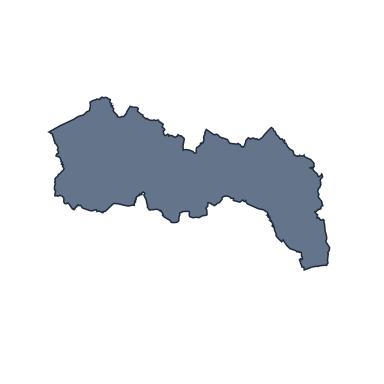 Tha Yang, Phetchaburi, Thailand (Mercator projection), rotated 63°
{"feature_id": "78962969B57494861124372", "entity_name": "Tha Yang", "entity_type": "district", "adm_level": 2, "iso_a3": "THA", "parent_name": "Thailand", "parent_adm1": "Phetchaburi", "projection": "mercator", "projection_center": [99.807, 12.809], "detail": "fine", "context": "isolated", "style": "filled", "palette": "slate", "viewbox_px": 384, "rotation_deg": 63, "n_neighbors": 0, "source": "geoboundaries", "source_scale": "gbopen_adm2", "svg_char_len": 5997}
<svg xmlns="http://www.w3.org/2000/svg" viewBox="0 0 384 384"><g transform="rotate(63 192 192)"><path d="M170.5,92.1L173.2,100.0L175.3,104.6L175.9,108.1L175.6,109.2L174.2,109.9L173.2,112.0L172.2,112.3L171.4,113.7L171.2,116.1L169.3,117.0L169.3,117.5L170.6,120.7L172.2,121.8L175.3,125.2L174.6,126.1L174.8,126.8L174.4,127.0L174.7,127.2L174.0,127.0L173.5,127.5L171.5,127.6L171.1,128.2L169.6,128.9L169.9,130.0L165.8,136.2L163.9,136.6L161.4,136.5L155.7,142.2L152.4,143.2L151.5,144.2L151.4,145.7L150.6,146.6L142.7,150.9L144.9,153.6L146.6,154.3L147.2,155.6L148.6,156.8L151.5,157.9L152.2,159.2L153.1,159.6L153.4,161.1L152.5,161.3L152.5,162.4L153.4,162.7L154.0,163.5L154.0,164.5L154.7,165.9L154.4,167.3L155.5,168.6L158.9,170.4L159.1,170.9L158.5,172.2L156.4,172.7L153.6,175.2L151.1,178.6L150.8,180.8L147.0,179.2L141.3,174.8L140.3,174.8L137.1,176.1L136.2,177.5L134.6,178.4L135.6,180.2L135.5,182.5L132.7,184.1L131.5,186.3L131.7,187.1L130.2,186.7L129.4,187.6L129.6,190.2L129.2,190.8L127.6,190.8L124.6,190.0L124.6,188.8L124.0,187.9L122.2,188.2L121.9,188.7L120.7,189.0L118.5,186.9L117.5,187.7L117.0,187.6L116.3,188.3L115.5,188.3L114.8,189.3L112.5,189.3L111.9,192.0L110.5,193.1L110.4,194.4L108.7,197.2L105.9,198.7L106.1,199.8L102.4,201.4L101.0,200.8L99.5,202.1L95.2,204.0L93.7,202.2L92.5,202.1L91.0,203.4L89.8,205.8L87.6,208.2L91.1,214.0L92.6,215.1L92.5,215.7L93.7,218.0L93.7,219.0L92.9,220.1L92.7,222.6L90.9,224.3L89.9,223.7L84.1,225.5L82.2,224.0L80.4,224.5L79.0,223.5L78.8,225.0L77.3,224.4L76.8,223.5L75.4,224.3L74.2,224.5L73.1,223.0L72.5,222.8L71.0,224.3L69.7,224.6L68.4,226.0L67.9,228.0L66.6,229.2L67.0,230.2L66.7,231.1L67.5,231.6L67.5,232.6L66.0,234.4L66.2,234.8L65.5,239.3L65.7,242.1L69.1,243.4L73.0,246.4L72.7,249.3L74.1,253.4L73.0,259.6L73.6,264.0L73.1,279.0L73.6,292.2L74.6,291.3L75.8,291.2L76.2,290.4L77.2,289.9L78.2,290.6L81.8,290.8L83.5,291.6L84.7,291.2L86.2,292.0L87.9,291.2L91.7,291.1L92.5,291.6L93.0,292.7L95.6,292.8L96.7,293.3L96.9,293.7L96.7,295.1L98.0,296.8L99.7,295.4L100.0,294.7L100.9,294.5L101.4,294.0L104.5,294.3L105.6,295.0L106.5,294.1L107.0,294.1L107.9,295.7L108.7,295.3L108.7,294.7L109.2,294.4L110.4,295.7L113.0,295.3L114.5,297.5L114.6,299.0L115.7,301.1L115.7,303.0L117.2,305.0L117.4,306.7L118.2,308.3L119.7,308.7L120.9,309.9L122.5,309.9L124.5,311.9L127.1,313.3L127.9,313.4L129.0,313.0L132.7,315.8L133.4,315.6L134.2,313.7L134.9,313.3L135.0,311.2L136.8,309.5L139.5,309.0L142.5,310.7L144.4,310.7L145.4,309.4L145.6,307.2L152.9,306.2L153.2,305.3L154.2,305.2L154.2,304.6L152.7,302.6L152.9,301.3L151.8,300.2L151.7,299.4L153.0,298.8L153.3,297.2L155.3,297.1L156.7,296.7L162.4,291.3L163.8,288.8L163.7,287.7L164.1,285.5L166.4,285.5L166.6,284.0L167.9,282.5L169.8,281.2L170.0,280.6L169.1,280.1L169.9,278.2L166.6,267.1L168.8,263.4L174.9,256.2L175.9,254.4L176.6,250.8L177.2,250.5L177.6,249.4L176.0,248.7L175.3,246.9L175.0,246.7L174.6,247.2L173.7,246.9L173.5,245.3L172.1,245.2L172.2,244.5L170.9,243.1L171.2,240.7L170.4,240.4L170.0,239.3L171.2,239.0L171.5,237.9L170.8,237.8L170.8,237.5L170.1,237.2L169.9,235.4L171.5,234.6L172.3,235.1L172.8,236.3L178.5,236.4L182.1,237.6L183.1,237.4L185.4,238.7L187.4,238.2L188.3,238.4L189.2,237.3L189.4,235.5L190.1,235.0L190.8,232.3L192.5,229.8L194.6,229.0L194.4,228.2L197.9,227.9L199.3,228.1L199.3,228.8L201.8,228.1L207.1,224.6L208.7,224.2L209.6,224.3L211.1,222.1L212.2,219.2L211.6,216.9L210.8,216.2L209.3,215.7L206.7,213.2L205.6,212.9L205.3,212.5L205.3,209.0L207.8,203.6L208.7,203.3L210.4,204.6L212.3,205.2L213.1,205.1L215.5,202.7L216.2,200.1L218.1,197.3L217.9,193.6L219.0,190.6L219.1,188.9L214.7,187.0L212.8,186.9L212.3,186.3L212.0,184.6L208.8,182.6L209.9,181.0L210.4,181.0L211.1,180.2L212.2,179.9L213.2,178.8L214.2,178.5L214.3,176.8L213.7,175.2L213.8,172.3L212.2,168.6L210.7,167.7L210.4,165.5L211.4,162.6L213.6,160.5L215.2,160.2L216.5,157.9L218.3,159.0L222.5,154.3L222.8,153.9L222.1,150.4L223.9,150.1L224.4,149.2L224.1,148.1L225.6,148.4L227.7,148.1L237.2,140.3L240.5,136.1L241.2,136.0L244.2,134.1L246.4,134.3L246.2,134.5L246.7,134.7L246.7,135.5L247.1,135.1L247.7,135.4L247.9,134.9L248.8,135.3L248.8,134.6L249.7,135.1L250.1,134.2L250.4,134.6L252.1,134.8L252.2,135.3L252.5,134.9L252.9,135.2L253.4,134.6L253.9,135.2L254.4,134.5L254.9,134.7L256.9,134.4L257.6,134.8L258.4,134.6L258.5,135.1L257.9,135.2L258.4,136.0L259.1,135.9L259.6,135.2L260.0,135.3L260.0,134.8L260.9,135.1L261.2,134.8L263.4,135.8L266.9,135.9L269.4,137.0L272.2,136.4L277.1,134.7L276.0,132.6L282.9,131.8L287.0,130.4L291.0,126.5L292.2,125.6L293.0,125.7L293.2,124.1L294.4,124.0L295.1,122.3L295.6,122.0L298.2,123.3L299.2,123.6L299.9,123.3L301.9,124.0L302.1,124.8L300.7,125.5L301.2,127.1L303.5,127.2L305.1,127.7L306.3,127.5L308.7,128.1L310.0,126.5L312.4,127.4L313.4,118.7L314.7,114.9L315.7,113.1L315.5,112.4L317.2,107.8L318.5,105.3L317.5,104.7L317.6,103.9L316.9,103.1L315.6,102.6L315.2,102.8L308.8,98.6L308.3,98.8L307.5,98.4L306.4,96.2L303.9,94.6L297.4,95.3L296.2,94.7L295.1,93.4L293.8,92.7L291.0,91.8L287.5,91.2L280.8,88.5L278.6,88.2L277.4,87.2L275.9,87.6L276.0,89.3L275.6,89.9L274.6,90.1L274.3,90.8L272.9,90.6L272.0,91.0L272.0,92.4L270.4,91.6L269.3,90.4L267.4,91.3L265.3,91.4L265.7,90.4L265.2,87.8L264.8,87.5L265.4,86.0L265.4,84.8L264.1,84.1L263.6,82.7L263.6,81.6L262.2,81.4L261.4,81.7L260.6,81.4L260.4,80.9L258.9,80.7L257.3,81.2L253.7,81.6L253.0,81.5L251.9,80.0L248.7,79.9L246.4,77.8L246.1,76.4L243.9,73.8L243.0,73.9L242.4,73.1L239.8,72.6L238.8,71.2L237.8,68.7L236.0,68.5L235.8,68.2L234.8,68.4L235.9,69.6L235.9,72.1L235.6,72.5L232.6,72.2L228.1,74.0L226.4,73.8L224.2,75.7L224.3,74.6L224.8,74.5L225.5,73.3L225.4,72.6L224.5,72.4L224.6,71.5L223.3,71.2L222.0,70.3L217.1,71.4L212.3,75.3L211.2,75.7L210.0,75.4L210.4,76.2L209.8,77.9L208.7,79.3L208.2,79.3L208.6,80.4L208.4,81.3L207.7,81.5L207.7,82.2L206.9,83.0L206.3,83.2L205.9,83.9L204.3,84.1L202.0,83.4L200.8,83.6L197.5,85.7L194.4,86.3L191.1,86.2L190.6,87.0L189.7,87.6L189.2,87.3L188.9,86.2L187.6,86.2L187.2,87.6L185.4,87.7L185.1,89.3L181.3,89.9L179.5,90.8L175.7,90.5L175.0,91.3L172.3,91.1L170.5,92.1Z" fill="#64748b" stroke="#1e293b" stroke-width="1.5"/></g></svg>